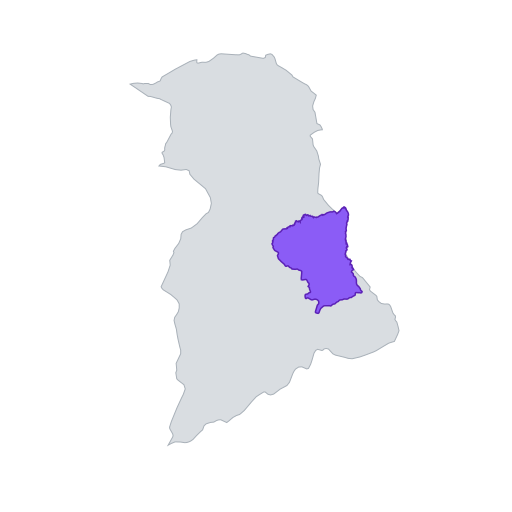 Bamingui-Bangoran highlighted on a map of Central African Republic, rotated 100°
{"feature_id": "CAF-806", "entity_name": "Bamingui-Bangoran", "entity_type": "Prefecture", "adm_level": 1, "iso_a3": "CAF", "parent_name": "Central African Republic", "parent_adm1": "", "projection": "robinson", "projection_center": [20.535, 8.397], "detail": "fine", "context": "in_parent", "style": "filled", "palette": "violet", "viewbox_px": 512, "rotation_deg": 100, "n_neighbors": 0, "source": "natural_earth", "source_scale": "10m", "svg_char_len": 9640}
<svg xmlns="http://www.w3.org/2000/svg" viewBox="0 0 512 512"><g transform="rotate(100 256 256)"><path d="M353.1,183.4L357.6,184.8L358.4,186.4L357.2,191.6L358.0,194.8L360.6,197.5L363.2,198.7L365.7,199.4L374.5,201.1L378.1,203.0L382.9,209.1L388.9,214.6L390.3,217.5L390.1,220.2L388.3,223.4L388.6,224.8L391.4,228.0L394.5,231.3L400.3,235.0L410.3,240.8L414.9,244.6L416.5,247.6L419.1,250.8L422.7,253.7L425.1,255.9L423.4,262.3L423.9,264.4L424.8,266.2L426.9,268.7L427.8,271.9L429.9,275.9L432.3,277.7L436.5,278.4L438.7,280.2L443.2,283.4L447.6,286.2L449.5,288.1L450.7,289.8L451.7,291.8L452.2,293.7L452.3,298.0L453.1,303.4L455.4,307.0L457.6,309.7L448.7,306.6L447.3,306.5L445.7,307.1L441.1,310.9L439.6,311.4L433.7,310.6L419.4,307.5L408.4,304.6L405.1,303.6L399.2,302.6L395.3,304.6L391.7,311.4L390.7,312.7L384.9,314.7L382.2,314.2L375.6,316.0L365.4,313.2L361.8,313.8L358.9,315.2L351.6,318.3L347.1,320.0L341.9,321.7L337.0,324.1L333.7,325.5L330.5,325.4L327.5,324.0L324.3,322.8L320.5,322.6L316.5,323.3L313.1,326.0L311.8,328.0L308.8,333.1L305.4,341.5L304.0,343.2L302.8,344.1L286.8,339.9L279.9,338.9L275.2,340.2L269.4,337.9L266.9,337.4L265.7,338.2L262.4,337.1L257.1,334.3L252.1,333.1L247.6,333.5L244.8,332.5L242.5,329.7L239.7,324.6L234.5,319.6L227.5,315.5L223.1,312.5L221.4,310.4L217.7,309.3L211.9,309.1L206.4,311.1L198.5,317.4L191.1,330.4L187.0,335.3L183.7,336.6L182.9,339.7L184.5,344.7L184.9,350.4L183.8,360.2L184.2,367.2L182.4,366.1L180.7,362.8L180.0,362.1L175.1,363.6L172.6,365.0L171.2,366.3L170.2,366.5L168.7,364.7L167.4,364.3L165.5,364.7L163.6,364.6L162.3,364.4L161.5,364.6L159.2,363.5L150.8,360.8L149.4,359.9L147.7,359.9L143.4,362.3L141.1,363.0L134.2,364.5L126.7,365.2L123.9,365.2L122.0,366.3L120.7,367.8L118.4,376.7L117.8,378.3L117.9,380.5L117.2,387.7L117.5,390.0L108.6,409.8L107.2,406.5L106.2,402.6L105.9,398.2L106.1,397.0L105.5,395.7L104.8,392.1L105.5,389.8L104.9,387.3L103.2,384.9L101.6,383.1L100.7,381.4L100.0,380.7L98.3,380.4L96.0,379.6L86.1,368.0L75.9,354.9L73.8,350.7L73.0,348.3L75.5,348.0L76.1,347.5L76.1,346.4L74.6,343.0L73.9,338.8L72.6,336.2L68.6,332.2L64.8,329.2L63.6,327.6L62.9,325.4L61.4,311.3L60.8,307.3L59.6,305.5L58.7,304.7L58.4,303.7L58.5,301.2L59.1,299.0L59.0,298.1L60.1,296.1L60.1,283.1L58.9,281.3L56.6,281.3L55.4,279.4L54.4,277.0L54.7,275.3L56.9,272.6L58.4,271.6L62.7,269.5L64.0,268.5L64.7,267.2L65.3,265.4L67.8,258.7L71.6,252.0L73.2,250.7L77.0,240.8L77.9,238.3L78.6,235.8L79.8,233.8L84.0,230.4L87.1,224.6L90.5,224.9L94.0,225.8L98.4,226.3L101.9,225.2L104.2,222.9L115.0,219.0L115.8,215.8L117.5,214.2L119.5,212.8L120.2,212.6L120.4,213.6L121.6,216.9L124.0,220.1L127.6,223.6L128.7,223.4L130.9,220.7L136.5,219.1L138.0,218.3L142.0,214.4L146.8,211.9L149.6,211.0L154.5,208.4L158.0,208.7L163.5,208.3L172.8,207.1L179.5,206.7L182.9,206.2L183.7,205.7L185.0,201.9L186.1,200.8L188.6,199.2L193.5,193.5L196.8,188.7L197.7,187.0L198.4,186.7L199.8,184.7L198.4,182.6L192.9,178.3L193.0,177.8L192.7,177.0L193.0,176.4L195.1,174.7L197.9,172.7L201.0,172.0L208.9,172.2L215.6,171.7L217.2,171.8L222.4,170.8L226.0,169.9L229.7,167.9L238.1,168.1L245.0,162.9L247.0,161.9L247.9,161.1L248.2,160.3L251.4,158.3L255.1,154.0L258.0,150.1L258.8,147.4L266.7,138.2L269.4,138.4L270.7,137.3L273.9,131.1L274.8,130.0L278.1,128.9L279.6,127.1L281.0,124.4L281.0,121.0L280.4,118.3L280.4,117.0L281.1,115.8L282.4,114.6L288.3,111.3L289.9,109.7L290.8,108.3L292.4,108.0L294.3,108.2L295.4,107.3L296.7,105.8L300.9,103.8L304.7,102.2L308.7,102.9L316.1,104.9L318.3,109.3L319.3,110.8L328.4,121.2L330.1,123.6L334.6,131.2L337.4,136.2L340.5,143.5L340.8,147.5L340.4,150.9L339.8,160.6L339.0,163.3L335.0,168.5L334.9,170.9L335.7,172.8L336.9,173.6L337.6,174.6L337.2,179.1L338.6,180.8L341.6,182.0L349.1,182.8L353.1,183.4Z" fill="#d9dde1" stroke="#a8b0b8" stroke-width="1"/><path d="M252.3,157.6L252.7,157.8L253.6,158.9L254.3,159.1L254.8,159.2L255.1,159.1L255.3,159.1L255.7,158.3L255.9,158.1L256.4,157.4L256.6,157.2L257.4,156.9L257.9,156.8L258.1,156.7L258.3,156.7L258.7,156.3L258.9,156.1L259.1,155.3L259.3,155.0L259.5,154.7L260.2,154.1L261.2,153.4L261.8,153.1L263.4,152.7L264.9,152.5L266.3,152.0L266.6,151.8L267.6,150.8L267.7,150.6L267.9,149.9L268.1,149.7L268.3,149.4L268.9,148.9L269.5,148.2L270.2,147.6L271.5,147.0L271.8,146.6L272.5,145.4L272.8,145.3L273.5,145.5L273.8,145.6L274.0,145.9L274.2,146.6L274.2,146.9L274.1,147.6L274.2,147.9L274.5,149.7L274.6,151.1L274.7,151.3L274.9,151.5L275.2,151.7L275.6,151.7L276.4,151.6L277.2,151.6L277.6,151.8L277.9,152.2L278.4,153.0L280.2,154.9L280.4,155.1L280.6,156.3L280.9,156.7L281.2,157.1L282.3,158.1L282.5,158.5L282.7,159.1L283.0,161.4L283.1,161.9L283.3,162.2L283.8,162.9L284.1,163.4L284.7,165.6L284.9,166.0L285.2,166.3L286.0,166.8L286.4,167.0L286.7,167.4L287.4,168.5L287.9,168.9L289.0,169.7L289.4,170.0L289.7,170.6L289.8,171.1L290.1,171.7L290.4,172.2L291.9,173.3L292.2,173.7L292.2,174.0L292.2,175.0L293.0,179.5L293.3,180.4L293.8,181.0L296.1,182.9L296.6,183.2L298.3,183.7L300.7,184.1L301.2,184.3L301.5,184.6L301.7,184.9L301.7,185.7L301.6,187.0L301.1,187.7L300.4,187.8L294.3,187.1L293.7,187.0L292.5,186.2L291.9,186.0L291.2,186.1L290.5,186.2L289.7,186.5L289.4,186.7L289.2,187.0L288.8,187.5L288.5,188.0L288.3,188.7L288.2,189.3L288.2,190.2L288.3,190.5L288.4,190.9L289.4,192.8L289.5,193.6L289.5,194.0L289.4,194.3L288.4,197.0L288.3,197.5L288.3,197.9L288.4,198.3L288.6,198.6L289.1,199.0L289.2,199.3L289.2,199.6L288.9,200.0L288.3,200.3L287.4,200.6L286.5,200.8L285.8,200.8L285.3,200.6L285.0,200.2L284.6,199.1L284.4,198.6L284.1,198.3L283.4,197.7L283.0,197.4L282.8,197.1L282.5,196.3L282.3,196.1L282.1,196.1L281.5,196.2L279.4,197.5L278.9,197.7L278.0,197.9L277.7,198.0L277.2,199.0L277.0,199.4L276.8,199.4L275.3,198.8L274.8,198.8L274.3,198.9L273.7,199.1L273.3,199.8L273.0,200.2L272.4,200.7L271.2,201.5L270.7,202.1L270.4,202.7L270.6,203.4L271.5,205.9L271.5,207.2L270.1,207.6L265.2,208.0L263.2,208.3L262.6,209.3L262.5,210.1L262.5,210.7L262.5,211.2L262.3,211.6L261.8,212.7L261.7,213.1L261.8,213.5L262.3,215.1L262.6,218.3L262.0,218.9L261.6,219.7L261.4,220.8L261.3,221.1L260.4,222.1L260.2,222.5L260.2,223.1L260.3,223.4L260.8,224.3L260.9,224.6L260.9,224.9L260.8,225.2L260.6,225.5L259.5,226.5L259.1,226.9L257.0,230.4L256.5,231.0L255.2,232.9L255.0,233.1L254.7,233.5L252.5,234.6L252.1,234.9L251.6,234.9L251.2,234.8L250.5,234.4L250.2,234.4L249.1,234.4L248.8,234.6L248.4,235.1L247.6,237.6L247.4,238.2L247.1,238.7L245.2,240.4L244.5,240.8L243.8,240.6L243.6,240.6L243.3,240.8L241.8,242.1L241.3,242.3L241.1,242.4L240.8,242.3L240.7,242.0L240.5,241.9L239.5,241.9L239.3,242.0L239.0,241.8L238.7,242.0L238.3,242.4L237.8,242.2L237.1,241.7L236.9,241.9L236.4,241.8L235.6,241.9L234.9,241.9L234.6,241.5L234.4,241.1L233.9,240.8L233.2,240.7L232.7,240.4L232.4,239.7L232.0,239.6L231.8,239.6L231.2,238.8L231.1,238.7L230.4,238.6L229.8,238.2L228.8,237.3L228.0,236.1L227.6,235.8L226.9,235.5L226.2,235.0L225.4,234.7L225.0,234.4L224.5,233.3L223.9,230.6L223.3,229.8L223.2,229.8L222.8,230.3L222.5,230.0L221.8,229.1L221.6,228.8L221.4,228.5L221.3,227.6L221.1,227.6L220.6,227.9L220.1,227.3L219.9,225.1L219.3,225.2L219.1,224.8L219.2,224.1L219.0,223.8L218.7,223.8L217.9,223.4L217.8,223.7L217.6,223.7L216.6,223.3L216.3,223.3L215.9,222.8L215.5,223.0L215.0,222.8L214.8,223.0L214.3,222.4L214.5,221.7L214.9,220.9L215.0,220.1L214.8,219.9L214.0,219.8L214.0,219.5L214.2,219.1L214.8,218.4L213.9,218.6L213.6,218.6L213.3,218.2L212.9,218.1L212.3,217.2L211.9,217.0L211.6,217.1L211.1,217.5L210.7,217.5L210.6,217.3L209.9,216.3L209.8,217.1L209.4,216.9L208.4,215.8L208.0,216.5L207.5,216.4L206.4,214.7L206.4,214.4L207.2,213.7L207.3,213.4L207.1,213.2L206.6,212.6L206.4,212.0L207.3,211.4L207.3,210.8L207.0,210.2L206.7,209.8L207.2,209.4L207.3,209.1L207.3,208.2L207.1,207.7L207.1,207.4L207.1,207.1L207.4,206.8L208.0,206.5L208.2,206.1L207.6,206.0L207.4,205.6L207.6,204.6L207.5,203.5L207.6,203.2L207.1,202.9L207.1,202.6L207.1,202.2L206.9,201.8L205.3,200.2L204.7,199.4L204.2,198.7L204.2,198.1L203.7,198.0L203.8,197.8L204.0,197.5L204.2,197.2L203.6,196.8L203.5,196.6L203.5,196.1L203.4,195.9L202.8,195.1L201.7,194.1L201.2,193.5L199.7,190.7L199.5,189.8L199.4,188.9L199.2,188.0L198.4,187.3L198.4,186.7L198.7,185.7L199.0,185.3L199.3,184.8L200.3,184.0L199.7,183.2L198.7,182.4L198.2,182.1L197.9,181.5L194.2,179.7L193.9,179.4L193.7,179.0L193.6,178.4L193.4,178.0L192.9,178.3L192.4,177.9L192.4,177.4L193.1,176.2L193.4,176.3L193.7,176.3L193.9,176.1L194.1,175.4L194.5,175.3L195.0,175.0L195.6,174.7L195.8,174.3L196.0,174.1L196.4,173.6L197.1,173.1L198.3,172.4L199.6,172.0L200.4,172.3L200.9,172.3L201.7,172.5L201.9,172.4L202.0,172.0L202.4,171.8L203.7,171.8L204.3,171.6L204.6,171.6L205.0,171.8L205.3,172.1L205.6,172.2L205.9,171.8L206.3,172.1L206.8,172.3L207.4,172.5L207.9,172.5L208.3,172.4L209.5,171.9L209.8,172.1L212.2,172.1L212.4,172.2L212.6,172.2L212.9,172.1L213.6,172.1L214.5,171.7L215.5,171.4L216.3,172.1L216.8,171.8L218.2,171.8L218.4,171.7L218.6,171.5L219.3,171.2L220.0,171.1L220.8,170.8L221.4,170.8L224.0,170.9L224.4,170.7L224.8,170.1L225.3,170.4L225.7,170.2L226.5,169.6L227.2,169.6L227.4,168.9L227.6,168.7L227.9,168.8L228.0,169.4L228.4,169.3L228.3,168.9L228.4,168.7L229.3,167.8L229.6,167.7L229.9,167.7L230.3,167.9L230.5,168.0L230.6,167.3L230.9,167.2L231.1,167.4L231.4,167.8L231.7,168.3L232.3,168.5L232.7,168.3L233.6,167.6L234.1,167.4L234.4,167.6L234.7,167.8L235.4,168.5L236.1,168.3L238.6,168.5L239.2,168.3L240.3,167.6L240.6,167.5L241.0,167.7L241.6,166.9L242.0,166.1L242.4,165.3L243.2,165.0L243.4,164.7L243.1,163.8L242.9,163.0L243.4,162.6L243.8,162.6L244.0,162.3L244.1,162.0L244.2,161.6L244.3,161.2L244.6,161.3L245.2,161.7L245.9,161.7L246.4,161.9L246.6,161.9L248.2,161.9L247.8,160.5L249.0,159.7L250.4,159.3L250.7,159.0L251.0,159.3L251.2,158.9L251.5,158.2L252.0,158.0L252.2,157.6L252.3,157.6Z" fill="#8b5cf6" stroke="#5b21b6" stroke-width="1.5"/></g></svg>